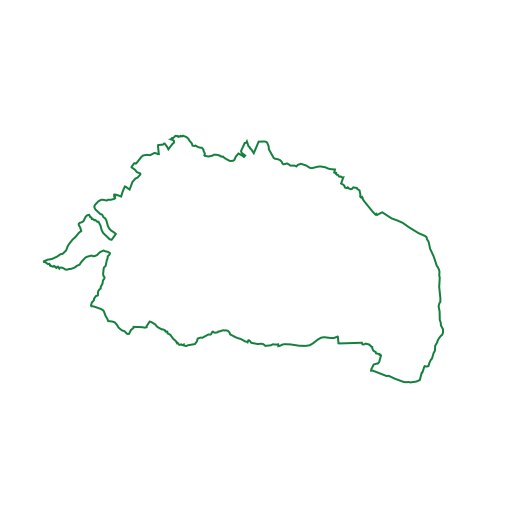 Cizer, Salaj, Romania, rotated 107°
{"feature_id": "2599482B34424021815229", "entity_name": "Cizer", "entity_type": "district", "adm_level": 2, "iso_a3": "ROU", "parent_name": "Romania", "parent_adm1": "Salaj", "projection": "albers", "projection_center": [22.865, 47.034], "detail": "fine", "context": "isolated", "style": "outline", "palette": "green", "viewbox_px": 512, "rotation_deg": 107, "n_neighbors": 0, "source": "geoboundaries", "source_scale": "gbopen_adm2", "svg_char_len": 6104}
<svg xmlns="http://www.w3.org/2000/svg" viewBox="0 0 512 512"><g transform="rotate(107 256 256)"><path d="M325.5,440.5L324.5,440.3L323.9,438.4L324.0,436.7L324.7,434.1L324.1,432.2L323.3,431.4L322.3,429.0L320.9,427.1L319.4,425.4L317.9,424.6L315.9,422.2L312.8,421.3L307.6,418.8L306.3,417.6L303.8,413.7L303.7,412.9L303.9,411.8L303.0,409.9L301.6,408.3L297.9,406.3L295.3,403.3L295.6,401.9L295.3,399.0L296.0,396.5L297.8,396.6L299.7,397.7L301.7,397.2L303.3,397.5L309.3,396.9L311.1,397.9L312.7,398.0L318.0,396.9L319.6,396.1L320.4,394.8L321.8,394.4L324.2,395.2L327.4,394.7L331.0,395.5L332.6,395.0L333.8,396.0L335.8,396.6L337.6,396.4L339.5,395.7L340.2,395.9L341.0,397.3L341.7,397.6L344.3,398.4L345.5,398.1L346.8,398.5L348.3,399.4L351.6,399.3L352.2,398.7L351.9,398.1L351.7,395.7L352.0,388.7L352.7,386.2L353.4,385.3L357.1,382.5L359.8,379.6L361.5,378.3L360.7,374.6L360.7,371.8L362.2,369.2L364.5,366.6L365.2,365.3L366.3,362.5L366.4,359.7L367.9,357.0L368.1,355.7L367.5,354.6L363.4,354.0L360.7,352.2L359.6,352.4L357.4,344.3L357.0,341.3L356.1,339.8L355.4,340.1L349.8,338.6L349.8,336.6L350.9,332.4L352.4,330.2L353.1,328.0L353.7,324.4L353.4,323.8L353.6,321.5L354.8,320.3L354.3,319.6L354.2,318.7L355.9,317.9L356.1,316.0L356.5,314.8L359.4,311.0L360.7,307.9L362.5,306.0L361.9,305.6L363.3,303.7L363.3,302.9L362.4,301.8L362.8,300.4L361.7,299.2L362.6,298.8L362.6,296.6L361.2,294.9L358.1,288.7L355.1,287.6L352.0,287.6L350.2,285.1L349.9,283.4L345.0,278.6L344.5,276.6L343.7,276.0L341.6,275.7L340.9,275.1L341.4,274.0L341.4,273.1L341.0,271.9L340.1,270.3L339.2,269.9L339.0,269.2L336.6,265.7L336.4,264.3L335.9,263.1L335.8,261.1L336.9,259.0L338.5,257.8L339.6,252.0L339.9,249.6L339.8,246.6L340.2,244.2L340.9,241.5L340.7,239.6L341.0,238.8L338.8,238.6L338.7,238.2L339.2,236.8L340.4,235.1L339.7,228.7L338.3,225.1L338.2,223.2L339.2,220.7L336.9,215.4L335.6,214.2L334.7,210.4L334.0,209.0L335.7,208.3L335.3,207.4L332.6,204.3L331.9,202.6L330.5,197.4L329.1,187.9L327.3,181.9L325.7,178.6L322.9,176.0L317.9,172.5L315.1,169.9L313.7,167.0L312.6,160.6L311.8,157.7L309.2,154.4L309.5,154.0L315.4,151.6L314.9,149.6L308.0,129.4L309.2,128.6L309.4,128.0L308.9,126.8L307.8,125.6L307.6,123.8L307.6,121.5L308.0,121.3L308.4,120.0L308.8,119.7L309.1,118.2L309.9,118.1L312.0,116.3L312.5,115.3L312.8,113.5L314.0,112.7L313.7,109.6L314.3,109.3L314.5,108.7L314.0,108.1L314.7,107.4L321.5,107.2L323.4,108.2L323.5,108.9L325.3,111.7L330.3,112.6L332.0,112.4L331.5,110.8L332.6,96.1L331.8,94.0L332.7,87.7L333.3,77.7L332.6,74.8L331.9,73.4L331.8,71.5L329.3,66.1L326.7,63.1L319.1,63.4L319.0,62.9L318.5,62.8L312.8,62.7L312.0,62.4L312.0,60.9L310.9,58.9L307.5,58.9L304.0,58.4L302.6,57.7L297.1,57.8L294.2,57.2L289.4,58.4L285.4,57.4L284.3,57.6L281.3,57.0L278.1,55.8L277.2,55.0L274.7,54.7L271.3,55.8L268.3,58.9L265.8,59.8L263.3,61.6L255.6,64.1L250.6,66.7L247.3,66.8L246.1,66.3L242.6,67.3L231.9,71.8L222.8,74.0L221.5,74.9L217.3,76.0L215.6,77.0L213.7,78.7L212.6,80.2L204.4,86.0L198.2,91.6L192.6,94.7L191.3,95.7L190.0,97.4L188.1,98.4L187.4,100.5L186.6,107.4L183.8,118.1L181.4,125.4L180.7,131.3L180.4,137.3L177.3,148.1L181.4,152.3L180.5,153.3L181.5,153.9L179.5,157.4L172.0,168.6L170.7,170.2L170.3,170.6L169.5,170.8L168.5,171.8L169.4,172.5L168.5,173.9L167.2,173.9L163.1,176.1L162.2,178.8L161.5,179.4L161.9,183.0L164.0,184.0L164.4,185.1L164.1,188.0L162.8,188.2L164.3,188.7L164.6,189.3L164.5,191.1L162.9,192.1L162.4,193.1L161.8,195.8L155.3,195.5L155.7,196.3L155.2,198.2L155.6,198.7L155.7,200.0L154.6,201.1L154.6,202.7L153.9,203.7L153.0,203.7L153.0,204.5L153.4,204.5L153.3,205.6L150.2,205.8L151.1,210.0L151.3,212.3L150.9,215.8L151.5,220.5L152.4,222.8L155.4,227.8L155.9,229.4L155.9,230.4L154.8,234.5L154.7,240.1L156.8,242.8L158.5,243.5L158.3,245.6L159.5,249.6L158.7,251.8L158.4,253.4L160.0,255.9L160.3,256.8L159.8,257.7L158.3,259.1L157.2,261.3L157.1,263.5L157.4,266.3L157.1,267.7L150.2,274.9L147.5,275.9L144.6,278.3L144.0,279.1L143.9,280.1L144.1,281.7L145.9,286.9L158.3,288.2L155.3,291.8L154.8,293.2L153.9,293.7L153.3,295.2L149.1,298.2L150.5,298.4L151.2,299.8L159.9,301.0L161.5,300.0L163.1,295.7L164.8,296.5L164.2,297.9L163.1,302.7L167.0,304.4L170.5,304.8L171.5,305.6L172.6,308.1L172.7,309.3L171.6,314.5L170.6,316.6L171.0,317.3L170.8,318.7L171.1,319.1L170.5,320.1L170.7,323.1L171.4,325.8L172.7,326.9L174.7,330.4L175.2,334.1L174.9,334.8L173.1,334.8L170.9,336.8L169.7,337.3L168.3,339.4L168.7,340.8L168.8,343.1L168.1,346.3L168.9,347.1L169.0,349.0L167.1,350.3L165.3,353.2L163.7,354.8L162.6,357.3L162.3,360.9L163.0,361.2L163.0,362.1L163.6,362.7L163.3,363.4L164.7,364.8L164.1,365.8L164.6,366.2L164.5,367.3L164.7,368.2L167.3,369.6L167.9,371.0L169.1,371.2L169.3,371.5L169.5,368.9L169.8,368.2L171.6,367.6L173.6,368.8L179.6,371.0L177.5,373.0L175.2,376.2L175.4,376.9L176.6,377.4L178.8,382.7L178.8,382.3L179.2,382.0L187.0,378.7L187.3,379.7L187.0,381.0L187.1,383.2L190.5,386.7L191.2,390.0L192.9,393.4L194.8,394.6L202.5,397.6L202.8,398.0L202.6,398.9L203.1,399.7L207.0,401.0L207.6,400.9L208.9,396.9L210.6,394.5L210.9,390.9L211.8,390.4L215.7,392.2L217.1,393.9L221.3,395.8L229.4,396.3L227.8,401.1L227.8,401.7L232.5,402.3L238.6,402.4L238.3,405.6L238.3,408.2L238.6,409.4L239.1,409.6L240.2,408.1L240.6,408.1L240.8,408.7L241.9,407.7L242.8,408.2L244.8,411.5L245.4,413.8L246.6,415.0L246.9,418.3L247.5,420.5L249.9,422.8L253.9,424.8L255.1,425.1L256.6,424.9L258.5,423.1L261.5,416.9L261.3,415.7L261.6,415.0L263.6,413.1L264.0,411.4L265.6,409.6L270.5,406.5L272.8,404.3L274.1,401.8L274.9,398.8L275.9,396.5L282.5,398.7L282.8,399.1L282.8,400.8L278.6,409.0L276.2,411.3L272.4,413.6L269.3,416.6L269.7,417.7L268.7,419.8L268.6,420.4L269.1,421.0L268.4,422.5L268.7,423.8L267.3,424.6L267.2,426.0L265.4,427.5L266.4,429.3L268.2,430.4L273.2,431.2L274.6,432.4L275.9,434.3L277.2,434.9L278.3,434.5L280.0,432.6L283.2,430.4L285.5,432.1L290.4,434.1L293.9,436.2L298.4,438.0L301.5,438.9L306.2,439.2L310.4,441.5L311.5,443.5L314.9,446.2L318.6,450.4L320.5,454.3L323.1,457.3L323.7,457.0L323.6,455.5L324.6,452.5L323.9,451.4L324.6,450.4L325.3,450.2L325.6,449.5L325.3,449.0L325.7,447.6L325.4,446.7L324.7,446.4L324.6,445.8L325.0,445.2L324.9,444.6L325.5,444.4L325.8,443.4L324.1,442.3L325.5,440.5Z" fill="none" stroke="#15803d" stroke-width="2"/></g></svg>